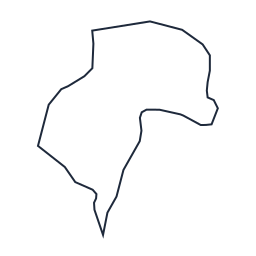 SVG path tracing the border of Podvelka, rotated 354°
{"feature_id": "SVN-214", "entity_name": "Podvelka", "entity_type": "Municipality", "adm_level": 1, "iso_a3": "SVN", "parent_name": "Slovenia", "parent_adm1": "", "projection": "albers", "projection_center": [15.369, 46.578], "detail": "fine", "context": "isolated", "style": "outline", "palette": "slate", "viewbox_px": 256, "rotation_deg": 354, "n_neighbors": 0, "source": "natural_earth", "source_scale": "10m", "svg_char_len": 639}
<svg xmlns="http://www.w3.org/2000/svg" viewBox="0 0 256 256"><g transform="rotate(354 128 128)"><path d="M161.0,24.3L192.1,36.0L210.9,52.6L211.0,52.7L217.0,64.3L215.4,79.5L212.0,90.7L210.3,99.0L210.4,105.9L216.2,109.2L219.4,117.8L211.5,133.1L205.6,133.1L200.6,132.6L184.3,121.4L181.5,119.9L161.2,113.1L148.3,111.7L143.3,113.8L140.9,119.1L141.1,132.1L138.3,142.3L119.1,169.2L109.4,195.0L98.7,210.0L92.0,231.7L86.1,205.8L86.4,198.8L88.9,194.7L89.7,190.4L86.4,185.7L69.9,176.3L61.1,160.2L36.6,136.4L51.6,96.5L65.7,82.4L72.9,80.1L90.1,71.9L98.8,64.8L102.4,40.5L102.6,27.4L161.0,24.3Z" fill="none" stroke="#1e293b" stroke-width="2"/></g></svg>